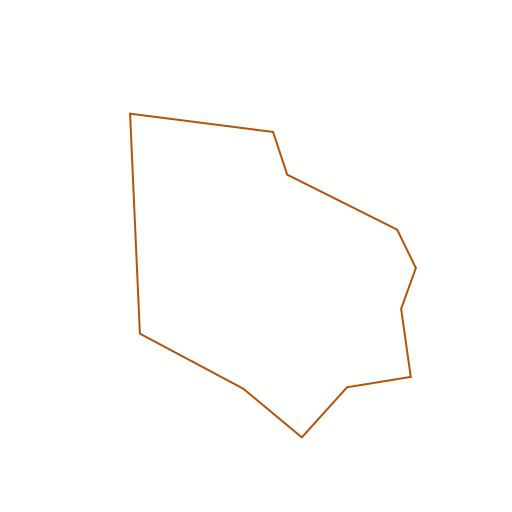 Melekeok, Albers equal-area conic projection, rotated 334°
{"feature_id": "PLW-5250", "entity_name": "Melekeok", "entity_type": "state/province", "adm_level": 1, "iso_a3": "PLW", "parent_name": "Palau", "parent_adm1": "", "projection": "albers", "projection_center": [134.62, 7.515], "detail": "fine", "context": "isolated", "style": "outline", "palette": "amber", "viewbox_px": 512, "rotation_deg": 334, "n_neighbors": 0, "source": "natural_earth", "source_scale": "10m", "svg_char_len": 309}
<svg xmlns="http://www.w3.org/2000/svg" viewBox="0 0 512 512"><g transform="rotate(334 256 256)"><path d="M325.7,152.0L319.7,196.6L394.4,294.2L394.4,336.9L363.3,367.1L342.1,432.5L280.3,413.9L217.7,439.1L186.4,369.7L117.6,274.9L205.2,72.9L325.7,152.0Z" fill="none" stroke="#b45309" stroke-width="2"/></g></svg>